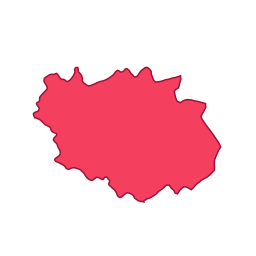 the district of Lyuban, Minsk, Belarus, rotated 331°
{"feature_id": "67162791B60458568388386", "entity_name": "Lyuban", "entity_type": "district", "adm_level": 2, "iso_a3": "BLR", "parent_name": "Belarus", "parent_adm1": "Minsk", "projection": "orthographic", "projection_center": [28.032, 52.73], "detail": "fine", "context": "isolated", "style": "filled", "palette": "rose", "viewbox_px": 256, "rotation_deg": 331, "n_neighbors": 0, "source": "geoboundaries", "source_scale": "gbopen_adm2", "svg_char_len": 3401}
<svg xmlns="http://www.w3.org/2000/svg" viewBox="0 0 256 256"><g transform="rotate(331 128 128)"><path d="M167.2,209.3L170.2,209.3L173.5,209.3L176.8,208.7L180.3,207.8L183.2,206.7L184.8,204.1L185.4,202.5L187.9,198.3L190.6,195.9L193.9,193.3L197.2,190.9L199.9,189.6L200.2,185.3L199.4,175.8L198.7,170.7L197.7,163.2L197.0,156.5L197.3,153.4L202.0,150.3L206.0,147.7L207.6,144.3L206.4,143.0L203.7,140.3L201.7,138.4L199.2,136.4L196.9,134.1L193.7,131.9L190.6,131.0L185.8,131.1L183.8,128.0L184.6,123.7L186.3,118.3L188.8,117.4L191.7,117.4L194.5,114.3L197.9,110.9L199.3,107.8L198.8,107.8L193.9,106.8L190.9,105.8L189.2,105.5L186.3,104.8L184.7,104.1L181.9,103.7L178.9,103.0L177.3,102.4L175.1,101.6L174.0,100.4L173.7,98.8L173.9,96.1L174.3,93.6L174.7,91.4L175.7,90.1L175.5,87.5L174.8,85.6L173.6,83.9L172.1,83.5L170.5,83.8L169.1,83.9L166.8,84.4L164.8,85.3L163.4,86.1L161.5,87.1L159.8,87.1L158.5,86.7L157.9,85.1L157.7,83.5L157.0,81.7L156.9,78.2L155.8,75.5L154.0,75.1L152.4,75.9L150.9,76.2L149.1,75.8L148.2,74.8L147.8,73.5L146.8,72.5L144.3,72.8L142.5,73.6L141.4,74.3L139.5,74.6L137.6,74.9L135.4,75.1L132.0,75.1L129.0,74.7L126.0,73.8L122.7,73.4L119.9,73.2L117.2,72.9L114.1,72.3L112.7,70.5L111.7,68.3L111.0,66.4L111.0,64.3L112.2,62.4L112.5,61.1L112.8,59.6L112.8,58.6L112.5,57.1L112.0,55.5L112.0,54.2L112.9,52.4L113.4,51.3L112.9,50.3L111.9,49.9L110.6,50.2L109.4,51.2L109.2,52.6L108.9,53.0L108.0,54.0L106.8,55.0L104.7,56.3L102.5,57.2L100.5,58.0L97.5,58.0L96.6,57.0L95.9,55.0L95.0,54.0L93.5,53.3L93.0,52.3L92.6,49.3L92.4,46.7L91.9,45.5L90.4,45.3L89.2,45.2L87.6,44.2L85.5,43.4L83.0,43.5L81.5,43.6L78.9,44.0L77.8,45.3L77.1,46.7L77.2,49.3L77.3,51.7L77.0,53.3L76.3,54.5L74.9,55.1L72.7,55.8L70.5,56.5L68.3,57.2L65.8,58.3L64.9,59.6L64.0,60.9L63.0,61.8L61.8,61.8L60.7,61.6L59.6,62.5L59.6,64.1L59.8,65.3L60.1,66.9L59.6,68.2L58.3,69.2L56.9,69.7L55.1,69.2L53.2,69.2L52.1,69.8L51.6,71.3L51.5,72.9L51.4,73.9L52.0,74.0L53.0,75.4L54.6,77.4L55.7,79.8L56.3,82.0L57.0,84.8L58.0,86.1L59.1,87.8L60.3,89.5L60.3,90.8L59.7,92.3L59.7,93.5L60.4,95.4L61.7,97.0L62.6,97.9L62.5,99.3L61.7,99.9L60.3,100.3L58.7,100.7L57.8,101.3L57.0,102.2L57.0,103.1L57.2,104.4L57.9,106.4L58.1,107.4L57.5,110.4L57.5,112.6L57.5,114.9L56.7,116.7L56.3,117.9L53.9,119.0L52.2,119.1L49.4,119.5L48.6,120.1L48.4,120.9L48.6,122.0L49.4,123.2L50.5,124.5L51.4,126.0L52.4,127.4L53.5,129.2L54.2,130.7L54.2,132.7L54.8,134.2L55.9,135.4L57.1,135.6L58.7,135.6L60.9,136.2L61.7,136.7L63.4,138.2L64.5,139.5L65.7,140.9L66.6,142.9L67.6,146.4L67.6,147.7L67.7,150.2L68.2,152.5L69.1,154.1L70.1,155.6L71.1,156.3L72.4,156.4L73.4,156.4L74.9,156.0L76.4,155.8L77.6,156.6L78.7,157.7L79.3,158.5L79.9,159.7L80.7,160.7L81.6,161.0L82.6,160.3L83.4,159.8L85.3,160.2L85.7,160.6L85.9,161.9L85.9,163.0L86.2,163.7L86.4,165.0L85.7,166.4L85.0,166.6L83.9,167.7L83.8,168.8L84.6,170.7L85.1,172.7L86.0,175.0L86.4,177.2L86.4,179.5L86.0,181.8L86.3,183.3L87.1,184.9L89.0,185.3L90.7,184.9L92.1,184.6L94.1,184.1L96.1,184.3L97.9,185.9L98.6,187.1L99.5,188.5L99.9,189.8L99.9,191.0L99.9,192.6L100.8,194.7L101.4,196.0L102.3,197.2L103.5,198.3L104.8,199.3L106.1,200.4L106.5,199.4L110.0,199.2L113.5,199.8L116.0,199.8L120.8,199.4L123.9,198.3L128.2,197.9L130.8,197.4L134.1,196.6L136.4,198.1L136.5,201.0L137.9,205.0L137.7,207.8L139.4,209.6L143.0,207.6L146.9,206.6L148.5,206.6L150.5,207.9L152.0,210.1L153.5,212.7L156.7,211.7L160.6,210.3L163.7,209.9L166.6,209.3L167.2,209.3Z" fill="#f43f5e" stroke="#9f1239" stroke-width="1.5"/></g></svg>